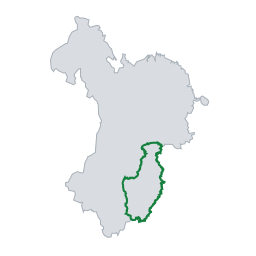 China, with Xizang highlighted, rotated 272°
{"feature_id": "CHN-1662", "entity_name": "Xizang", "entity_type": "Autonomous Region", "adm_level": 1, "iso_a3": "CHN", "parent_name": "China", "parent_adm1": "", "projection": "robinson", "projection_center": [89.0, 31.884], "detail": "fine", "context": "in_parent", "style": "outline", "palette": "green", "viewbox_px": 256, "rotation_deg": 272, "n_neighbors": 0, "source": "natural_earth", "source_scale": "10m", "svg_char_len": 9180}
<svg xmlns="http://www.w3.org/2000/svg" viewBox="0 0 256 256"><g transform="rotate(272 128 128)"><path d="M150.3,192.8L145.1,190.7L144.6,188.3L145.4,187.0L141.7,186.4L139.4,184.5L134.3,188.1L133.0,187.0L130.5,188.6L128.5,187.2L127.1,188.9L125.5,188.4L124.8,189.4L125.7,194.5L123.8,194.3L123.1,191.7L119.4,193.0L118.4,190.5L115.5,189.9L116.8,186.2L114.2,185.2L113.4,181.9L114.0,180.9L109.0,181.9L109.6,180.4L108.9,178.6L109.9,175.7L113.2,173.0L113.0,165.2L111.6,165.3L110.8,162.6L109.0,160.9L107.7,162.2L103.7,161.3L104.8,159.7L104.2,158.4L103.1,159.0L103.9,157.5L102.6,156.6L100.2,158.5L97.2,157.2L91.9,160.3L89.6,163.4L87.0,164.4L84.2,162.8L78.9,161.9L74.9,166.3L73.9,162.8L70.0,164.0L66.1,162.7L65.3,163.5L64.2,162.7L63.7,163.6L62.4,161.9L60.3,161.8L60.4,160.5L56.8,159.0L56.3,157.6L54.3,157.8L48.4,152.6L46.0,152.5L44.8,153.9L37.2,147.7L35.9,148.1L35.9,145.1L34.6,142.6L37.8,142.6L36.1,135.7L37.1,134.4L34.5,132.8L33.8,129.1L26.8,127.5L25.8,126.5L25.7,123.7L20.3,121.5L23.1,120.4L22.3,119.4L22.3,115.7L18.5,114.8L18.1,111.0L19.1,110.4L19.6,108.3L22.8,106.3L25.5,105.7L25.9,107.1L28.3,106.9L30.7,103.9L35.2,103.6L37.6,101.4L43.1,99.3L43.0,96.4L44.4,95.5L43.9,94.7L45.4,94.2L43.9,90.0L44.5,87.2L42.3,86.4L49.0,84.3L52.0,85.3L52.3,84.0L51.3,83.3L54.1,76.2L60.3,77.7L62.8,76.7L63.6,71.1L66.7,70.2L67.9,67.7L71.2,67.4L71.8,70.1L80.0,74.0L82.6,78.9L81.3,83.6L82.1,85.0L91.7,86.2L98.4,89.2L98.3,90.2L102.4,96.2L121.2,97.0L123.7,98.7L129.5,100.6L132.4,100.0L132.4,101.0L134.2,101.3L140.6,98.1L150.0,97.5L153.7,96.0L155.7,93.4L158.9,91.7L156.6,88.8L158.1,85.6L164.4,87.1L167.5,84.2L171.5,83.9L174.2,80.2L176.9,79.8L177.1,78.8L185.8,78.5L184.9,76.3L180.0,72.6L177.4,72.6L176.1,74.1L173.9,73.1L170.9,73.9L169.4,72.0L172.4,64.4L176.8,65.8L181.2,63.3L180.6,61.8L182.8,56.6L184.7,54.5L184.0,52.4L181.8,51.8L184.5,49.3L193.3,48.1L200.7,50.3L203.7,53.3L210.2,62.7L210.5,64.5L217.7,66.3L221.9,68.7L224.6,73.9L229.8,73.8L231.8,72.1L235.6,70.9L237.0,71.4L237.9,73.8L236.3,75.6L236.3,80.3L234.7,85.3L230.0,84.4L227.3,86.6L229.5,93.2L229.2,95.4L227.0,96.2L227.6,97.0L224.9,94.9L224.6,97.4L222.1,99.3L218.9,99.5L220.1,101.2L219.8,102.2L214.3,100.7L212.2,104.4L208.4,106.4L206.5,108.8L201.4,110.3L195.6,114.2L195.3,113.4L197.3,112.5L197.7,111.3L195.7,111.3L195.6,110.5L198.7,106.2L196.8,104.1L194.4,104.4L192.2,107.4L188.5,109.6L187.2,112.2L182.8,112.4L182.7,115.6L187.7,117.4L188.1,120.6L189.4,121.5L191.2,121.4L192.8,119.0L194.6,118.3L198.1,120.0L202.0,120.3L201.1,122.9L199.5,122.3L195.4,123.8L195.1,126.1L193.3,125.8L193.8,126.8L190.1,131.9L194.6,134.5L197.5,141.9L201.6,145.4L201.5,146.3L196.5,144.5L194.7,145.2L197.3,145.0L202.0,149.2L198.7,152.3L197.0,152.3L196.1,153.0L200.1,152.7L203.5,154.7L201.4,156.4L203.2,156.4L203.1,158.0L201.3,158.0L202.3,158.8L201.6,160.3L202.2,161.9L200.4,161.7L199.0,163.2L196.7,169.4L194.8,168.7L196.1,170.8L194.6,172.1L193.3,171.8L195.2,172.3L195.4,175.1L193.7,174.8L194.2,175.8L192.9,175.9L191.8,178.6L188.7,179.3L189.6,180.3L187.0,183.3L185.2,183.1L183.6,186.3L174.0,188.3L171.9,185.6L171.2,186.4L172.2,189.6L170.4,189.6L168.5,191.6L167.6,190.7L167.4,191.8L165.9,191.3L164.6,192.6L160.0,193.6L159.0,195.4L160.5,197.4L159.9,198.4L158.0,198.1L157.1,195.5L158.1,193.0L156.6,192.0L155.0,193.2L152.3,191.0L152.4,192.3L150.3,192.8ZM161.1,199.1L162.6,201.3L159.0,206.8L156.9,207.9L153.6,206.4L153.4,202.9L155.7,200.3L161.1,199.1ZM201.9,147.3L200.6,147.0L199.3,145.8L200.3,146.0L201.9,147.3ZM204.2,153.8L203.2,154.0L203.0,153.4L204.2,153.8ZM196.2,174.2L195.7,174.9L195.7,174.0L196.2,174.2ZM159.5,195.2L160.5,194.8L160.4,195.3L159.5,195.2Z" fill="#d9dde1" stroke="#a8b0b8" stroke-width="1"/><path d="M37.5,139.1L36.4,138.3L36.3,137.8L36.4,137.0L36.1,135.8L36.2,135.4L37.1,134.8L37.2,134.5L37.1,134.2L37.4,134.0L38.0,133.8L38.5,133.8L39.1,133.6L40.0,133.9L40.3,133.8L40.9,132.6L40.7,131.6L41.3,131.3L41.2,130.8L41.8,130.1L42.2,129.3L42.3,128.8L43.0,129.4L44.5,129.7L44.9,129.9L45.1,129.9L45.1,129.6L45.3,129.5L45.8,129.8L46.6,129.8L47.3,130.2L48.8,129.8L49.0,129.3L49.9,128.8L50.0,128.4L50.4,128.1L51.5,128.3L52.0,128.1L52.4,128.2L52.5,129.0L53.0,129.4L53.4,129.3L54.9,129.6L55.9,129.5L56.4,129.3L57.0,129.5L58.5,128.7L59.3,128.5L59.9,128.1L60.8,127.8L61.2,127.9L61.9,127.8L62.2,128.0L62.4,128.2L63.0,127.7L63.8,127.8L64.3,127.2L64.8,126.2L65.6,125.9L65.8,125.7L66.5,125.7L67.0,125.5L68.5,125.3L69.1,125.0L70.0,125.2L71.2,125.0L71.6,124.7L72.6,124.6L73.3,124.6L74.3,125.0L74.7,125.0L75.3,125.4L76.2,125.5L77.9,126.3L77.3,126.4L77.0,126.7L77.3,127.3L78.4,127.5L78.0,128.9L78.2,129.2L77.2,129.6L77.1,130.2L77.5,130.9L77.5,131.5L78.3,131.6L78.5,131.9L78.1,132.5L78.4,133.3L78.4,133.9L78.6,134.2L78.4,134.9L77.9,135.2L77.8,135.5L78.2,136.2L78.7,136.7L78.8,136.9L79.0,137.1L79.1,137.5L79.8,137.8L80.0,138.1L80.0,138.5L80.4,139.0L80.8,139.1L81.4,139.5L82.1,139.7L82.4,139.7L82.8,139.3L83.5,139.2L83.7,138.8L84.4,138.8L84.5,138.9L84.5,139.1L85.1,140.0L85.8,140.4L86.1,140.5L86.8,141.1L87.2,140.9L87.6,141.0L87.7,141.5L88.3,141.4L89.4,141.6L89.6,141.5L90.1,141.6L90.7,141.5L90.9,142.0L91.4,141.9L92.1,142.3L92.4,142.4L92.6,142.6L93.0,142.4L93.5,142.3L93.8,142.4L94.0,142.7L95.0,142.8L95.2,142.5L95.8,142.4L95.9,142.1L96.1,142.2L96.9,141.9L97.4,142.5L98.1,142.9L98.3,143.5L98.7,143.8L99.4,143.8L99.6,144.1L99.9,144.2L100.1,144.9L99.9,144.9L99.8,145.1L100.0,145.8L100.3,146.1L100.9,146.0L101.2,146.1L101.5,146.3L102.5,146.2L102.7,146.4L103.1,147.1L103.2,146.9L103.2,146.2L102.8,145.9L103.0,145.5L103.5,145.4L104.1,146.0L105.2,146.4L105.4,146.1L105.2,145.7L105.3,145.4L105.1,145.1L106.1,144.8L106.7,144.9L106.8,144.6L107.1,144.6L107.2,144.4L107.0,144.2L107.1,143.8L107.6,143.7L107.6,143.2L107.3,143.1L107.4,142.7L108.3,142.7L108.5,142.9L108.8,142.4L110.0,142.8L110.7,143.3L110.8,143.8L111.7,145.0L111.6,145.8L112.1,146.4L112.3,146.8L113.4,147.9L113.0,148.4L112.5,148.1L112.4,148.7L112.7,148.9L113.2,149.5L113.1,150.0L113.8,150.7L113.6,151.0L113.9,152.0L114.0,153.4L114.2,153.8L114.3,154.5L114.1,154.9L114.1,155.7L114.3,156.1L114.4,157.2L114.6,157.6L114.1,157.8L114.2,158.4L113.9,158.8L113.8,159.0L114.0,159.3L113.9,159.4L113.6,159.5L113.3,158.6L112.8,158.8L112.8,159.2L113.0,159.8L112.6,160.1L112.9,161.2L112.6,161.7L112.1,162.1L111.5,161.6L111.3,162.2L110.8,162.5L110.3,162.2L110.0,161.6L109.5,161.6L109.2,161.0L109.1,160.9L108.9,161.0L108.6,160.7L108.2,161.5L108.2,161.8L107.7,162.2L106.9,161.5L106.3,161.7L105.4,161.2L104.8,161.2L104.0,161.5L103.8,161.3L103.9,161.0L104.5,160.3L104.5,160.1L104.9,160.0L104.9,159.7L104.3,158.7L104.0,158.5L103.5,158.9L103.3,158.9L103.2,158.1L103.3,158.0L103.8,157.8L103.9,157.5L103.8,157.4L103.4,157.5L103.2,157.3L103.1,157.0L102.8,156.9L102.0,157.2L101.7,157.0L101.4,157.6L100.8,157.5L100.6,157.7L100.7,158.0L100.5,158.3L100.1,158.5L99.5,158.4L99.4,158.2L98.6,157.9L97.8,157.9L97.5,157.3L97.1,157.2L96.8,157.6L96.3,157.7L96.1,158.0L95.9,158.0L96.1,158.5L95.7,158.9L95.5,159.0L94.7,159.3L94.5,160.1L94.3,160.0L92.6,160.1L92.1,160.4L92.0,160.8L91.6,161.2L91.8,161.4L91.7,161.6L90.8,161.9L90.3,162.4L90.1,162.3L89.7,162.6L89.5,162.9L89.7,163.0L89.9,163.3L89.7,163.6L89.3,163.9L88.7,164.0L88.6,163.9L88.5,164.1L88.3,164.0L88.2,164.2L88.0,163.8L87.3,164.3L87.0,164.3L86.9,164.5L86.5,164.4L86.4,164.1L86.0,164.1L85.8,163.9L85.6,163.9L85.6,163.5L84.8,163.2L84.3,162.8L83.9,162.9L83.3,163.4L82.8,163.1L81.8,162.8L81.1,162.9L81.1,162.6L81.6,162.3L81.5,162.1L80.8,161.8L80.4,162.0L80.1,161.6L79.8,161.7L79.5,161.6L78.9,161.8L78.3,162.4L77.5,162.6L77.1,163.1L76.7,163.8L76.2,164.1L75.8,165.0L75.6,165.0L75.3,165.3L75.2,165.8L75.3,166.3L75.2,166.3L74.9,166.3L74.4,165.8L74.3,165.3L74.6,164.8L74.8,163.9L74.6,163.5L74.6,163.2L73.8,162.7L72.9,163.3L71.9,163.4L71.8,163.6L71.9,163.8L70.8,163.6L70.4,164.1L69.8,164.1L69.6,163.9L69.0,164.1L69.1,163.9L68.7,164.0L68.2,164.0L67.6,163.4L67.2,163.5L66.9,163.1L66.6,163.1L66.5,162.8L66.3,162.7L66.1,162.8L65.8,162.7L65.7,163.4L65.3,163.6L64.5,163.2L64.3,162.9L64.4,162.6L63.9,162.8L64.1,163.5L63.9,163.7L63.6,163.7L63.1,162.5L62.7,162.2L62.5,161.7L62.2,162.1L61.5,161.8L61.2,162.0L60.1,161.8L60.1,161.2L60.4,160.8L60.4,160.5L60.0,160.3L59.5,160.7L59.1,160.7L58.6,160.4L58.6,160.2L58.3,160.0L57.7,159.8L57.4,159.3L56.9,159.1L56.7,158.9L56.8,158.5L56.6,158.4L56.5,158.0L56.6,157.8L56.4,157.7L55.6,157.3L54.8,157.6L54.6,157.9L54.1,157.8L54.0,157.4L53.6,157.0L53.5,156.5L53.4,156.4L53.1,156.5L53.1,156.2L52.8,155.8L52.5,155.8L52.3,156.0L52.0,155.6L51.7,155.5L50.9,155.1L50.9,154.9L50.6,154.8L50.3,154.4L49.5,153.9L48.9,153.8L48.8,153.5L48.9,153.2L48.6,153.0L48.6,152.6L47.4,152.4L46.8,152.2L46.5,152.3L46.4,152.6L45.9,152.4L45.7,153.3L45.4,153.5L45.2,154.0L44.8,154.0L44.3,152.9L43.6,152.6L43.4,152.3L42.9,152.0L42.5,152.0L41.6,151.5L41.3,151.5L41.4,151.3L41.2,151.0L41.5,150.8L41.2,150.4L40.8,150.5L40.0,149.7L39.6,149.6L39.0,149.8L38.6,149.4L38.3,149.4L38.2,149.0L37.8,148.4L37.7,148.0L37.3,147.5L37.1,147.4L36.5,148.3L35.8,148.1L35.9,147.5L35.7,147.2L36.2,146.7L35.8,146.4L35.6,146.0L35.9,145.1L35.6,144.8L35.1,144.0L34.9,143.9L34.9,143.0L34.6,142.4L35.6,142.3L36.0,142.1L36.1,142.8L36.7,143.4L37.3,143.2L37.4,142.8L38.1,142.5L38.2,142.2L38.4,142.3L38.5,142.5L39.4,141.6L38.6,140.5L38.3,140.4L38.6,140.2L38.5,139.9L38.7,139.6L38.8,139.2L38.7,139.1L37.5,139.1Z" fill="none" stroke="#15803d" stroke-width="2"/></g></svg>